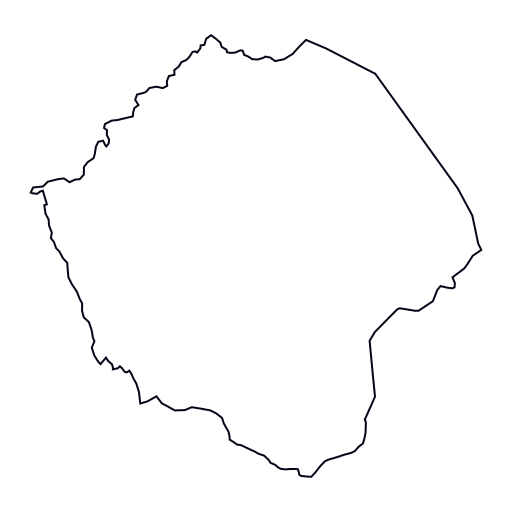 the district of Vretsia, Paphos, Cyprus
{"feature_id": "46923920B56659599424200", "entity_name": "Vretsia", "entity_type": "district", "adm_level": 2, "iso_a3": "CYP", "parent_name": "Cyprus", "parent_adm1": "Paphos", "projection": "robinson", "projection_center": [32.659, 34.892], "detail": "fine", "context": "isolated", "style": "outline", "palette": "ink", "viewbox_px": 512, "rotation_deg": 0, "n_neighbors": 0, "source": "geoboundaries", "source_scale": "gbopen_adm2", "svg_char_len": 2595}
<svg xmlns="http://www.w3.org/2000/svg" viewBox="0 0 512 512"><path d="M283.2,59.4L275.1,61.1L270.2,57.5L265.3,56.6L263.5,57.8L257.7,59.5L252.3,59.2L248.2,56.5L244.2,54.9L242.7,50.7L240.4,50.3L235.2,52.6L230.5,52.9L227.0,52.2L226.5,49.7L221.7,46.9L220.3,42.6L215.8,38.7L211.0,35.2L206.2,38.8L204.3,44.9L200.7,45.4L200.3,48.5L197.0,52.6L195.6,51.4L192.6,51.9L189.0,57.4L186.0,60.2L181.5,62.0L178.7,66.6L174.3,70.1L174.4,74.8L168.9,76.0L166.8,81.4L167.2,85.9L162.8,88.1L156.4,86.7L149.5,88.0L145.8,92.0L143.8,92.8L137.0,94.6L135.2,99.9L138.5,105.0L134.4,108.1L133.2,112.3L132.8,116.4L122.9,118.7L117.7,120.0L111.7,120.6L105.0,124.0L104.0,127.9L107.0,130.2L106.8,134.9L109.1,139.6L108.7,143.4L106.4,146.4L105.7,145.8L105.6,145.7L103.0,140.7L98.3,141.8L96.0,146.4L94.7,154.4L93.6,158.1L87.5,162.3L83.9,167.1L83.9,170.8L83.8,174.6L79.7,179.2L75.0,179.6L69.5,182.2L63.9,178.4L57.9,179.2L47.8,181.7L43.1,186.4L37.7,187.0L33.1,187.5L30.7,192.6L32.5,193.3L37.1,193.8L40.4,191.4L42.9,190.8L44.0,194.6L46.9,204.3L44.3,205.2L45.5,213.6L48.6,219.5L49.1,225.7L51.8,232.5L50.9,238.2L53.9,241.9L56.1,248.1L59.3,251.4L63.1,258.4L67.3,262.9L67.6,268.6L68.4,277.2L71.8,284.1L77.0,291.9L79.5,298.5L82.2,303.5L82.0,310.7L83.8,317.4L88.9,322.1L91.5,329.7L92.3,333.7L92.8,337.4L94.4,341.3L91.8,347.7L94.4,355.7L98.2,361.6L100.5,364.1L106.0,357.6L108.0,360.9L111.9,364.2L112.9,367.1L112.9,369.4L117.9,368.2L119.9,366.3L121.9,368.1L124.8,372.0L127.0,372.3L129.3,370.6L131.6,374.2L133.6,378.9L136.3,383.5L138.9,391.9L140.3,403.5L147.4,401.4L156.4,396.3L161.8,403.3L168.5,406.9L174.8,410.4L184.8,410.1L191.8,407.2L200.6,408.6L210.3,410.4L216.1,413.3L222.1,418.0L223.8,423.5L228.5,431.7L229.4,435.6L229.7,439.6L234.0,442.4L236.9,444.5L241.1,445.2L245.4,447.2L251.4,450.1L254.1,451.2L258.6,453.8L264.1,455.6L268.6,459.9L270.5,462.8L275.3,464.9L278.3,467.5L280.6,468.8L285.7,469.4L290.0,469.0L295.6,469.0L297.8,469.2L298.8,472.0L299.1,473.8L299.2,474.5L300.9,475.9L306.8,476.5L311.3,476.8L315.3,472.5L320.1,466.3L324.9,461.3L328.2,459.7L337.5,457.0L344.4,454.7L351.5,452.8L355.0,451.0L358.7,446.7L362.9,443.6L364.3,439.0L365.5,433.1L365.6,431.0L365.9,423.3L365.6,421.2L364.8,419.6L372.0,403.5L375.0,396.6L372.8,374.5L369.6,340.8L374.8,332.1L391.2,315.4L397.4,309.2L399.7,308.3L406.3,309.3L415.2,310.8L418.6,310.7L432.9,301.2L437.3,289.9L440.5,286.1L447.4,287.7L452.1,288.3L454.5,287.4L454.9,283.1L452.5,277.3L464.3,268.4L467.7,263.7L472.7,255.8L481.3,249.9L478.2,243.6L472.3,215.5L457.7,188.3L375.3,73.8L326.2,48.5L306.0,39.9L298.9,47.0L292.6,54.0L284.0,59.2L283.2,59.4Z" fill="none" stroke="#020617" stroke-width="2"/></svg>